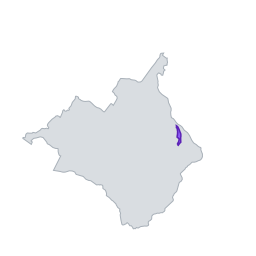 Makanza, Équateur, Democratic Republic of the Congo (highlighted), rotated 126°
{"feature_id": "63176286B16264123188485", "entity_name": "Makanza", "entity_type": "district", "adm_level": 2, "iso_a3": "COD", "parent_name": "Democratic Republic of the Congo", "parent_adm1": "Équateur", "projection": "albers", "projection_center": [19.154, 1.264], "detail": "fine", "context": "in_parent", "style": "filled", "palette": "violet", "viewbox_px": 256, "rotation_deg": 126, "n_neighbors": 0, "source": "geoboundaries", "source_scale": "gbopen_adm2", "svg_char_len": 4881}
<svg xmlns="http://www.w3.org/2000/svg" viewBox="0 0 256 256"><g transform="rotate(126 128 128)"><path d="M206.1,163.4L190.1,166.0L190.4,166.9L190.3,167.8L189.9,168.5L188.3,170.5L185.9,172.3L185.9,172.7L187.1,174.6L187.9,177.3L187.7,182.0L188.1,183.3L188.0,184.3L187.2,185.4L185.6,191.1L186.7,193.8L189.9,196.3L191.8,198.2L195.0,198.9L195.5,198.8L195.6,197.2L198.1,196.6L198.2,206.6L198.1,207.1L197.6,207.3L197.0,206.9L196.8,206.0L196.1,205.6L193.1,206.9L192.3,206.8L191.5,206.6L190.8,206.1L190.6,205.4L188.5,202.5L187.4,202.3L186.2,199.7L181.4,197.8L179.5,197.6L178.6,197.0L177.6,195.0L176.0,193.7L175.6,192.2L175.3,192.0L174.3,192.3L173.5,194.6L172.4,195.2L170.4,195.3L165.5,194.6L162.0,193.4L161.1,193.5L159.6,192.4L159.1,190.6L159.4,189.2L159.1,189.0L153.7,190.2L152.5,190.9L151.2,190.8L150.9,190.4L151.4,189.4L151.1,188.4L150.7,187.9L149.1,187.5L148.6,186.4L147.7,186.2L147.3,186.4L147.1,187.2L146.5,187.4L143.3,187.1L140.0,188.1L135.5,187.8L133.4,189.0L133.1,189.0L132.6,188.4L132.2,186.5L132.4,185.9L133.1,185.6L133.3,184.8L133.1,182.8L133.3,182.3L133.0,181.2L132.4,179.4L131.4,177.9L129.4,175.6L129.0,174.6L129.2,172.1L129.8,168.1L129.7,165.1L128.9,163.2L128.7,161.1L129.2,157.4L128.7,156.5L118.6,156.2L118.2,155.9L118.0,155.4L118.4,153.2L112.3,153.8L110.4,154.2L109.3,155.1L108.9,156.2L108.9,157.9L108.0,159.4L107.7,162.0L106.0,162.3L104.3,162.3L101.0,161.8L97.8,162.5L96.2,163.2L95.4,162.9L92.5,163.1L92.1,162.9L88.9,157.8L87.4,156.0L87.1,155.2L87.2,154.4L86.8,153.3L85.3,150.6L85.0,149.4L85.1,147.5L84.9,146.8L83.6,145.1L82.6,144.6L81.6,144.3L65.2,144.4L59.7,144.1L55.7,144.3L53.7,144.1L53.2,143.9L51.3,144.2L50.4,144.9L48.9,145.3L48.1,145.1L46.4,143.2L48.7,142.9L48.9,142.7L49.0,138.1L48.4,137.4L49.7,136.6L51.7,134.6L53.7,133.9L53.9,133.4L54.4,133.5L55.1,134.3L56.7,135.5L58.8,134.5L59.1,134.2L59.3,132.2L59.9,132.0L60.8,132.5L61.3,132.5L62.2,131.9L64.9,130.9L65.6,132.2L64.9,133.4L65.2,134.2L65.3,135.4L65.7,135.7L67.8,135.9L68.5,135.6L72.7,131.0L73.8,130.5L75.5,128.7L77.9,127.9L78.9,126.4L80.3,123.9L80.9,120.2L80.7,113.8L80.9,112.9L83.7,110.0L86.6,104.8L88.5,103.4L90.0,102.9L92.3,101.0L94.1,99.0L93.8,96.7L94.3,94.8L95.2,92.3L95.6,89.7L95.2,87.0L95.4,84.8L96.7,81.2L96.8,77.1L98.0,73.7L100.4,69.3L101.5,66.1L101.3,62.9L101.6,60.5L101.5,59.1L101.1,57.9L101.3,57.1L102.2,56.8L103.3,55.6L105.3,52.5L107.5,50.9L109.0,50.5L110.6,50.5L111.6,50.8L113.3,52.0L115.2,53.0L116.6,54.2L118.0,56.1L121.4,56.6L122.9,57.3L123.8,57.5L124.1,57.3L124.8,57.4L126.4,58.0L127.7,57.7L134.0,58.9L134.7,58.3L136.4,55.0L137.7,53.9L139.9,53.7L141.5,54.4L142.4,54.4L150.1,51.5L151.1,51.4L153.9,52.0L155.7,51.6L156.5,51.7L158.0,51.2L159.3,49.2L160.4,48.7L171.4,50.8L173.1,49.7L173.9,49.6L176.4,50.4L177.1,51.6L178.6,52.6L179.7,54.3L181.3,55.3L182.2,56.2L183.2,56.8L185.2,57.0L187.7,55.4L189.5,55.6L191.3,56.4L192.0,56.4L193.3,55.5L194.0,54.5L194.7,54.3L195.8,54.7L196.7,55.6L197.5,56.9L200.3,59.8L203.0,61.0L203.6,62.8L204.6,62.7L205.1,62.8L205.8,64.0L206.3,64.2L206.4,64.7L205.7,65.7L205.1,67.8L206.0,69.1L205.3,70.9L205.0,72.8L205.8,73.3L206.9,73.3L208.0,74.2L208.8,74.4L209.6,75.4L209.5,76.3L206.8,79.4L202.9,83.3L201.6,83.7L200.9,84.5L200.4,85.6L199.3,86.5L198.4,86.9L198.3,89.6L197.0,92.5L196.5,93.1L195.8,97.7L196.0,98.5L195.3,102.3L195.4,105.8L193.5,106.9L192.2,108.7L191.6,109.9L191.7,112.7L189.5,114.5L189.3,114.9L189.9,116.9L190.7,117.2L190.7,117.9L192.5,120.0L192.5,126.7L192.6,127.3L193.5,128.9L194.2,131.9L193.5,135.7L196.0,142.7L194.9,145.2L195.5,147.7L197.0,150.2L200.4,152.7L201.3,153.7L202.2,155.1L203.0,157.3L206.1,163.4Z" fill="#d9dde1" stroke="#a8b0b8" stroke-width="1"/><path d="M106.6,82.8L106.6,81.9L106.6,81.0L106.6,80.9L106.6,80.7L106.6,80.4L106.8,80.2L107.0,80.1L107.2,79.9L107.3,79.9L107.5,79.7L107.8,79.7L108.0,79.6L108.3,79.4L108.5,79.3L108.8,79.2L109.1,79.1L109.4,79.0L109.5,79.0L109.6,78.9L109.8,78.9L110.2,78.9L110.3,78.8L110.6,78.8L110.8,78.8L111.0,78.8L111.4,78.7L111.6,78.7L111.8,78.6L111.8,78.4L111.8,78.2L111.7,78.1L111.8,77.9L111.9,77.7L112.0,77.7L112.3,77.7L112.5,77.4L112.5,77.2L111.8,77.2L110.9,77.2L110.6,77.2L110.2,77.2L109.9,77.2L109.1,77.0L108.8,77.0L108.6,76.9L108.0,77.3L107.6,77.6L106.9,78.2L105.7,79.1L105.3,79.4L104.4,80.0L103.9,80.2L103.4,80.5L102.8,81.0L102.1,81.5L101.6,82.0L101.4,82.3L100.8,83.3L100.1,84.4L99.5,85.3L98.7,86.7L98.3,87.4L97.7,88.7L97.7,90.2L98.6,89.4L98.9,89.1L99.0,89.1L99.2,88.9L99.3,88.9L99.3,88.5L99.3,88.4L99.4,88.2L99.5,88.0L99.5,87.9L99.8,87.7L100.0,87.5L100.0,87.4L100.6,86.9L100.8,86.7L101.0,86.5L101.4,86.1L101.7,85.8L101.9,85.6L102.0,85.5L102.1,85.4L102.3,85.4L102.5,85.3L102.6,85.2L102.8,85.0L102.9,84.9L103.0,84.9L103.3,84.7L103.5,84.6L103.7,84.4L103.8,84.3L104.0,84.3L104.1,84.2L104.3,84.1L104.5,84.0L104.7,83.9L104.8,83.9L104.9,83.7L105.0,83.7L105.3,83.6L105.5,83.5L105.7,83.4L105.8,83.4L106.0,83.2L106.3,83.0L106.4,82.9L106.5,82.9L106.6,82.8Z" fill="#8b5cf6" stroke="#5b21b6" stroke-width="1.5"/></g></svg>